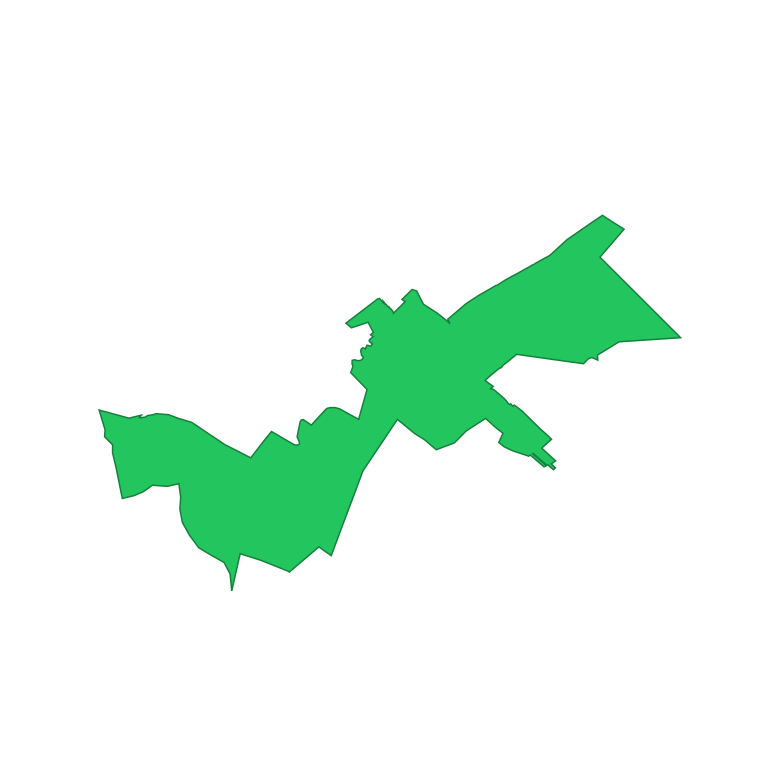 outline of Villa de Zaachila, Oaxaca, Mexico, rotated 300°
{"feature_id": "50627088B50064037366577", "entity_name": "Villa de Zaachila", "entity_type": "district", "adm_level": 2, "iso_a3": "MEX", "parent_name": "Mexico", "parent_adm1": "Oaxaca", "projection": "equal_earth", "projection_center": [-96.753, 16.954], "detail": "fine", "context": "isolated", "style": "filled", "palette": "green", "viewbox_px": 768, "rotation_deg": 300, "n_neighbors": 0, "source": "geoboundaries", "source_scale": "gbopen_adm2", "svg_char_len": 4887}
<svg xmlns="http://www.w3.org/2000/svg" viewBox="0 0 768 768"><g transform="rotate(300 384 384)"><path d="M177.6,193.8L154.0,214.6L162.4,223.4L170.5,229.5L180.6,234.1L186.9,247.3L191.1,251.9L195.1,256.2L188.1,261.6L184.2,264.6L173.7,269.7L163.3,278.6L155.7,291.3L149.6,305.3L149.3,320.8L149.5,334.7L142.5,345.7L128.7,355.6L165.1,344.3L169.7,365.3L173.9,394.0L173.8,396.0L210.4,409.1L209.7,415.7L209.0,424.1L227.0,421.1L242.3,418.5L269.7,414.0L298.2,409.2L334.1,411.6L360.0,413.3L360.0,413.6L356.4,435.5L356.1,445.6L355.9,447.1L355.8,447.9L355.6,449.3L355.4,450.3L355.2,451.2L355.1,452.0L354.9,453.0L353.2,462.1L368.2,474.4L384.5,478.7L386.2,479.6L389.6,481.3L397.4,485.3L400.2,486.7L405.0,489.2L402.1,502.6L400.8,511.7L390.8,512.6L389.7,519.4L390.5,528.9L393.9,545.5L395.6,546.1L392.3,563.9L392.3,564.1L394.5,565.4L397.9,547.7L398.0,547.7L398.2,547.8L398.3,547.8L398.5,547.9L395.1,565.4L395.0,565.6L396.0,566.1L394.5,573.5L394.8,573.7L397.2,574.3L398.4,568.8L398.5,568.9L403.2,571.0L407.3,552.8L409.7,553.3L409.9,553.4L415.1,555.1L415.6,555.3L419.9,556.7L420.0,556.4L420.2,555.2L420.7,553.9L423.3,541.7L426.3,529.9L429.7,516.8L430.9,507.4L429.1,506.5L430.2,503.8L429.2,503.5L429.1,501.8L430.3,498.8L431.3,496.0L431.8,493.7L432.9,488.5L433.1,487.0L433.7,484.0L433.9,481.9L434.0,481.0L433.8,480.4L433.2,478.6L436.5,479.8L436.5,479.5L436.6,478.7L436.8,476.8L436.9,475.4L437.0,474.5L437.1,473.7L437.3,472.4L437.4,471.4L437.5,469.7L444.6,472.0L453.6,475.4L455.7,476.1L455.8,476.6L457.1,477.4L460.0,477.9L463.9,479.4L464.0,479.5L469.3,481.5L475.8,484.0L476.0,484.0L480.4,494.9L487.9,513.5L490.5,520.0L490.7,520.4L494.7,530.4L496.4,534.4L496.8,535.5L497.2,536.5L497.7,537.7L498.1,538.6L498.5,539.6L499.0,540.8L499.8,542.9L501.4,546.7L507.7,548.2L510.9,550.7L511.6,557.2L515.8,554.4L538.1,566.5L572.4,617.7L601.8,507.6L638.1,514.5L638.6,500.7L639.3,488.9L630.5,484.5L600.7,470.4L578.6,463.4L577.6,462.9L575.8,461.8L574.6,461.1L573.4,460.3L572.1,459.5L571.5,459.1L570.6,458.6L569.5,458.0L568.5,457.3L567.9,457.0L567.0,456.5L566.4,456.1L565.2,455.4L564.2,454.9L563.3,454.4L562.6,454.0L562.1,453.7L561.1,452.9L559.8,452.2L559.0,451.7L558.0,451.2L557.3,450.8L556.0,449.9L553.8,448.6L552.1,447.6L551.0,447.0L550.0,446.4L548.9,445.7L548.1,445.3L547.1,444.7L546.1,444.1L545.2,443.5L543.9,442.7L543.3,442.3L542.3,441.7L541.3,441.0L539.5,440.0L538.7,439.5L537.9,439.0L536.8,438.4L536.0,437.9L535.0,437.2L533.9,436.7L532.8,436.1L531.8,435.6L530.7,435.0L529.7,434.4L526.0,432.6L525.4,431.7L520.1,428.7L513.0,424.6L508.1,421.7L494.6,414.9L472.0,406.9L469.1,411.1L469.8,408.9L472.0,394.8L472.8,378.2L480.9,365.7L479.9,361.1L466.2,357.3L465.8,361.1L465.3,360.9L459.8,359.5L459.5,359.4L450.4,356.9L450.0,356.8L450.6,356.4L450.8,356.2L450.9,355.9L451.1,355.7L451.3,355.4L451.3,355.2L451.4,354.9L451.6,354.7L451.8,354.4L451.9,354.1L452.0,354.0L452.0,353.7L452.1,353.4L452.2,353.1L452.2,352.9L452.4,352.6L452.4,352.3L452.5,352.1L452.6,351.8L452.7,351.5L452.7,351.2L452.7,350.7L452.8,350.4L453.1,350.2L453.1,349.9L453.2,349.6L453.3,349.4L453.4,349.1L453.1,348.8L453.0,348.4L453.1,348.2L453.1,347.9L453.1,347.6L453.3,347.4L453.4,347.1L453.7,346.9L453.7,346.7L453.8,346.4L453.9,346.1L453.8,345.8L453.8,345.5L453.9,345.2L454.0,344.9L454.2,344.7L454.3,344.4L454.4,344.2L454.5,343.9L454.6,343.7L454.7,343.4L454.8,343.2L455.0,343.0L455.1,342.7L455.1,342.4L455.2,342.1L453.9,343.3L454.6,340.8L455.8,337.2L454.6,336.0L417.6,320.6L416.4,327.7L427.0,337.1L429.5,339.3L424.8,346.8L423.5,348.9L421.5,348.3L419.9,347.8L419.7,349.4L419.7,349.9L419.6,350.9L417.9,350.3L416.1,349.6L415.7,349.5L415.2,349.3L414.8,349.3L414.6,349.3L413.8,349.6L413.4,350.5L413.3,352.5L413.3,353.0L412.8,352.9L412.6,354.0L410.3,353.6L409.1,349.9L405.2,350.3L404.9,347.7L403.0,346.8L401.3,347.1L399.8,348.3L398.6,349.5L397.8,349.9L396.9,352.7L395.5,352.9L393.9,352.5L392.4,351.6L391.1,349.5L390.3,346.5L388.6,344.6L386.6,345.6L384.9,346.8L384.2,348.2L379.7,349.1L377.2,349.5L370.8,372.0L340.7,379.7L340.3,358.3L339.2,353.6L336.7,349.3L334.5,346.9L332.7,346.2L312.1,341.6L312.5,336.8L312.8,331.9L312.2,331.2L311.5,330.3L310.4,330.4L309.5,330.2L294.7,335.2L293.1,337.6L291.6,339.3L290.6,340.3L289.5,340.8L288.7,340.2L287.8,339.7L287.3,338.6L286.8,337.5L286.7,337.2L286.6,336.2L286.5,334.8L286.5,334.2L286.5,333.2L286.5,332.3L286.5,331.4L286.5,326.3L286.6,322.2L286.6,317.9L286.6,310.3L279.6,309.2L274.5,308.4L273.8,308.3L271.4,308.0L269.0,307.6L264.8,307.1L263.5,306.9L253.5,305.6L253.2,301.4L253.0,296.9L252.1,279.7L251.9,277.3L251.9,276.8L253.9,247.3L254.2,243.5L254.6,236.9L254.4,235.8L253.3,231.1L251.9,225.0L251.5,223.4L251.3,222.3L249.7,212.7L244.2,201.2L242.4,199.8L240.8,198.0L238.6,195.1L236.0,193.8L234.0,191.3L233.5,190.8L232.6,189.1L235.7,189.4L234.5,188.2L231.0,184.5L226.9,180.2L219.0,150.3L218.2,151.2L214.0,155.6L204.8,165.4L198.6,168.4L195.7,179.3L188.6,183.4L177.6,193.8Z" fill="#22c55e" stroke="#15803d" stroke-width="1.5"/></g></svg>